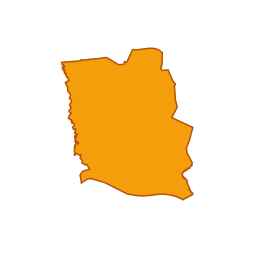 Dobeles pag., Dobele, Latvia (Albers equal-area conic projection), rotated 59°
{"feature_id": "27541924B40989782476416", "entity_name": "Dobeles pag.", "entity_type": "district", "adm_level": 2, "iso_a3": "LVA", "parent_name": "Latvia", "parent_adm1": "Dobele", "projection": "albers", "projection_center": [23.259, 56.68], "detail": "fine", "context": "isolated", "style": "filled", "palette": "amber", "viewbox_px": 256, "rotation_deg": 59, "n_neighbors": 0, "source": "geoboundaries", "source_scale": "gbopen_adm2", "svg_char_len": 5524}
<svg xmlns="http://www.w3.org/2000/svg" viewBox="0 0 256 256"><g transform="rotate(59 128 128)"><path d="M160.9,72.1L160.7,72.2L156.0,75.5L155.2,75.9L151.0,78.9L141.6,85.1L135.5,75.1L128.4,72.9L127.7,72.5L115.6,66.4L115.4,65.1L114.8,65.0L114.7,64.8L113.5,64.9L112.6,65.2L110.4,65.3L98.8,63.7L98.7,65.0L97.8,65.7L96.4,68.9L95.4,69.3L94.5,69.3L93.7,69.1L93.2,67.9L92.1,68.1L91.1,66.2L90.4,65.6L83.8,61.6L81.1,59.7L76.3,61.7L74.2,63.8L74.1,63.7L73.5,64.4L72.9,65.1L71.5,67.1L70.0,69.9L69.4,71.4L65.4,80.5L64.3,82.2L63.1,83.7L71.1,95.3L70.4,95.9L69.3,96.6L70.3,97.9L71.2,98.6L70.3,100.8L68.6,103.8L67.1,104.4L56.5,110.1L53.1,117.8L52.2,119.7L52.3,119.8L51.1,121.8L50.4,123.5L49.5,125.5L49.4,125.6L49.5,125.6L47.5,129.7L45.3,133.7L45.8,134.4L43.1,140.0L43.0,140.5L42.8,140.5L38.3,149.5L37.6,151.1L38.5,151.2L38.4,151.3L39.3,151.7L39.6,151.5L40.0,151.7L40.2,151.3L40.2,150.9L40.3,150.8L40.5,150.9L40.5,151.1L41.0,150.7L41.4,150.7L41.4,150.9L41.8,151.1L42.1,151.0L42.3,150.7L42.8,150.8L42.9,151.0L42.2,151.3L41.9,151.6L42.0,152.2L42.1,152.4L42.0,152.9L42.3,153.1L43.2,153.3L43.5,153.7L43.8,153.3L43.6,153.0L43.6,152.6L44.5,152.6L44.8,153.2L44.9,153.4L45.0,153.5L45.3,153.6L45.4,153.4L45.2,152.8L45.2,152.7L45.3,152.6L45.8,152.5L45.9,152.8L46.3,152.8L46.5,153.4L46.6,153.6L47.0,153.6L47.0,153.4L46.7,153.3L46.8,153.1L47.4,153.3L47.5,153.4L47.8,153.3L47.8,153.5L48.1,153.7L48.2,154.3L48.8,154.2L49.1,153.5L49.3,153.4L49.7,153.4L49.8,153.6L50.1,153.7L50.1,153.8L50.3,153.9L50.7,153.6L50.9,154.0L51.2,154.1L51.6,154.2L52.1,153.9L52.3,153.9L52.3,154.2L52.4,154.3L53.1,154.3L53.7,154.0L54.3,153.8L55.9,154.1L56.4,154.1L56.9,154.3L57.0,154.6L56.6,155.1L56.7,155.3L57.1,155.8L56.9,156.6L56.6,157.3L56.6,157.6L56.8,158.1L57.4,158.5L57.7,158.6L58.2,158.2L58.5,158.2L59.6,158.7L60.4,158.8L61.2,158.6L61.8,158.7L61.9,158.9L61.9,158.7L62.6,159.0L63.1,159.4L64.0,160.0L65.3,160.6L66.1,160.6L67.5,160.3L68.9,160.2L70.3,160.3L70.6,160.5L72.0,162.5L72.6,163.0L72.9,163.0L73.5,162.8L74.5,162.1L75.1,162.1L75.4,162.2L76.7,163.4L77.1,164.0L77.4,165.3L78.3,166.3L78.8,166.4L79.5,166.2L80.4,166.2L81.5,166.6L82.0,166.9L82.0,168.1L82.1,168.3L82.3,168.6L82.8,169.5L83.5,170.1L83.8,170.2L84.6,169.6L85.3,169.2L85.7,169.3L86.1,169.1L86.3,169.2L86.3,169.3L86.3,169.9L86.9,171.7L87.7,172.5L88.2,173.4L89.0,174.1L89.3,174.1L90.1,173.4L91.3,172.8L91.7,172.4L92.2,172.6L92.4,173.0L92.8,173.1L93.0,173.0L93.2,172.5L93.4,172.3L93.6,172.2L94.3,173.2L94.7,173.6L95.3,173.5L95.5,172.8L95.8,172.4L96.6,172.0L97.4,172.1L97.6,172.3L98.7,174.7L99.3,175.1L99.8,175.3L101.0,175.4L101.3,175.2L101.5,174.9L101.4,173.9L101.5,173.7L102.2,173.3L102.4,173.4L102.8,173.8L103.5,174.7L104.1,175.7L104.4,176.1L104.7,176.4L105.0,176.5L105.5,176.4L105.7,176.2L106.0,175.7L106.1,175.0L106.3,174.7L106.6,174.6L107.4,174.8L107.6,175.2L107.4,175.8L107.5,175.9L109.0,176.7L109.1,176.9L109.1,177.3L108.9,177.5L108.6,177.6L108.3,177.6L107.8,177.3L107.5,177.2L107.4,177.4L107.3,177.7L107.6,178.1L108.2,178.6L108.6,178.6L109.0,178.6L109.4,178.8L110.0,179.0L110.6,178.6L110.9,178.6L111.3,178.8L111.5,179.0L111.4,179.7L111.6,180.0L112.1,180.3L112.8,180.4L113.2,180.2L113.4,180.0L113.4,179.7L113.2,179.2L113.3,179.0L113.7,178.6L114.2,178.4L114.7,178.0L115.0,178.0L115.8,178.6L116.0,179.0L115.8,179.3L115.2,179.4L115.0,179.6L114.5,180.6L114.5,181.0L114.9,181.8L115.4,182.0L115.6,182.2L115.7,182.9L116.0,183.3L116.3,183.3L116.8,182.8L117.1,182.8L117.3,183.1L117.4,183.5L117.5,184.1L117.8,184.5L119.1,184.9L120.9,186.3L121.8,186.6L123.1,186.5L123.1,186.9L122.8,187.2L122.8,187.4L123.0,187.7L123.4,187.7L124.1,187.4L123.0,185.2L125.5,184.1L126.5,183.5L126.8,183.1L126.7,182.9L126.8,182.3L129.2,184.6L132.3,184.0L134.3,185.5L137.6,183.7L138.0,182.1L143.5,182.1L142.6,185.8L141.7,189.0L142.5,191.1L143.8,193.5L145.3,193.9L146.9,194.5L151.2,196.3L151.0,195.1L150.9,189.7L151.3,187.9L151.8,186.8L152.6,185.7L153.2,184.9L160.4,178.2L162.6,176.3L164.9,174.7L182.7,163.5L184.2,162.4L185.6,161.1L190.3,155.4L192.2,152.9L193.8,150.3L196.2,145.8L199.9,137.5L201.0,135.1L203.1,131.5L204.7,129.2L207.0,126.5L209.7,123.8L211.3,122.3L214.4,119.9L217.9,117.7L217.7,117.4L218.4,107.2L217.9,107.2L217.7,107.0L217.8,106.8L217.8,106.4L217.7,106.2L217.4,106.1L217.1,106.5L216.6,106.7L216.4,106.7L216.2,106.4L215.7,106.4L215.3,106.9L214.9,107.0L214.5,107.0L214.2,106.8L213.9,106.8L213.5,106.6L213.3,106.6L213.1,107.2L213.0,107.3L212.8,107.0L212.5,106.9L211.9,107.0L212.0,106.7L211.9,106.5L211.5,106.3L210.7,106.2L209.6,106.2L208.0,106.0L207.2,106.0L206.7,105.7L205.9,105.4L204.8,105.7L204.5,105.6L203.8,104.5L203.3,104.3L202.8,104.5L202.6,104.7L202.4,104.8L201.8,104.7L201.5,105.1L201.1,105.0L200.9,105.1L200.9,105.4L200.6,105.3L200.1,105.5L199.8,105.3L199.8,105.1L199.6,105.1L199.5,105.4L199.3,105.5L199.0,105.8L199.1,106.0L198.7,105.9L198.5,105.7L197.7,105.7L197.4,105.8L197.3,106.1L196.9,105.8L196.1,105.4L195.6,105.4L195.3,105.3L195.1,105.0L194.8,104.4L194.3,104.1L194.3,103.8L194.4,103.7L194.4,103.3L194.3,103.2L193.9,102.6L194.1,102.0L194.1,101.6L193.9,101.4L193.5,101.5L193.4,101.4L193.6,101.2L193.4,101.0L193.5,100.9L194.2,100.9L194.3,100.6L194.3,100.3L194.5,100.2L194.5,99.9L194.4,99.8L194.3,99.5L193.9,99.2L193.8,98.9L193.7,98.7L193.9,98.5L193.8,98.3L193.6,98.3L193.4,98.2L193.6,98.0L193.4,97.8L193.4,97.7L193.7,97.5L193.7,97.1L193.9,97.1L193.9,96.9L194.0,96.7L193.9,96.3L194.1,96.0L193.8,95.9L194.0,95.7L193.9,95.5L193.7,95.3L193.4,95.4L193.2,94.3L193.1,93.8L193.1,93.4L193.2,92.5L191.8,91.9L191.2,90.9L179.6,90.2L174.9,88.0L170.8,82.4L160.9,72.1Z" fill="#f59e0b" stroke="#b45309" stroke-width="1.5"/></g></svg>